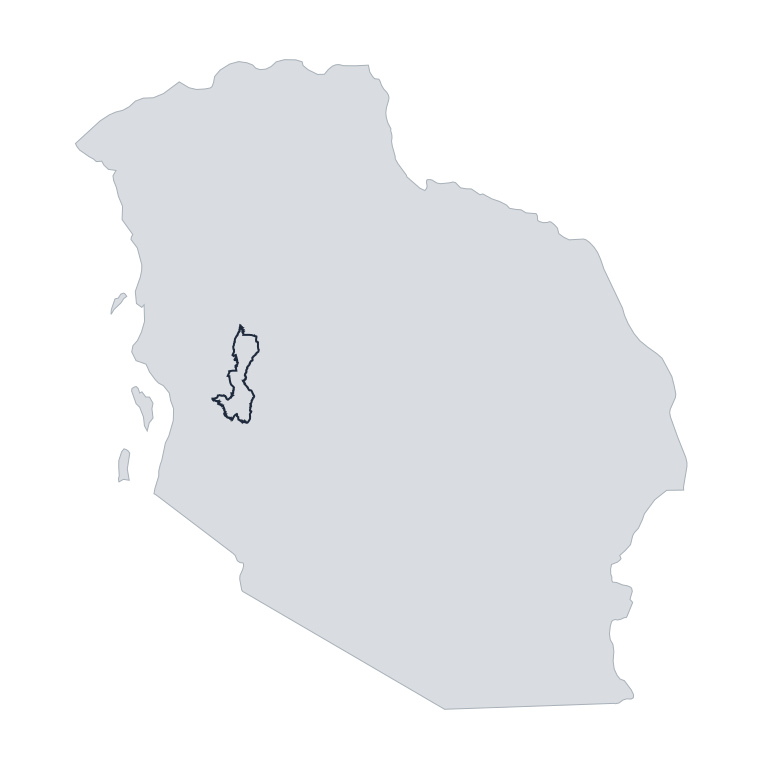 Mvomero, Morogoro, United Republic of Tanzania (highlighted), rotated 178°
{"feature_id": "72390352B62121337619186", "entity_name": "Mvomero", "entity_type": "district", "adm_level": 2, "iso_a3": "TZA", "parent_name": "United Republic of Tanzania", "parent_adm1": "Morogoro", "projection": "robinson", "projection_center": [37.562, -6.599], "detail": "fine", "context": "in_parent", "style": "outline", "palette": "slate", "viewbox_px": 768, "rotation_deg": 178, "n_neighbors": 0, "source": "geoboundaries", "source_scale": "gbopen_adm2", "svg_char_len": 9646}
<svg xmlns="http://www.w3.org/2000/svg" viewBox="0 0 768 768"><g transform="rotate(178 384 384)"><path d="M278.6,570.5L269.8,565.3L261.8,562.2L255.3,558.6L252.4,555.2L246.3,553.9L241.0,553.3L236.1,550.1L226.0,548.9L224.9,546.8L224.7,542.1L222.9,540.9L219.3,539.7L215.3,539.7L212.9,540.4L211.5,540.1L208.2,537.3L205.2,533.7L204.0,528.1L199.4,524.5L194.0,521.6L179.3,521.9L177.0,521.0L173.5,518.2L169.4,513.5L166.0,508.1L163.1,500.8L160.1,490.9L143.0,451.5L141.2,444.1L137.9,435.8L132.4,425.7L126.7,418.2L118.9,411.4L110.0,404.6L105.2,400.0L96.1,381.5L94.2,372.8L92.7,363.8L93.3,360.2L98.9,348.6L99.5,345.3L98.8,340.9L95.9,331.7L92.3,320.5L85.0,300.1L84.0,295.0L84.1,291.1L88.3,270.4L88.2,267.5L105.2,267.9L117.5,258.8L128.3,245.2L130.4,239.6L134.8,230.9L139.1,226.6L140.8,223.6L143.2,214.9L148.9,209.0L154.4,204.5L153.2,201.3L154.0,200.1L157.0,197.8L162.9,195.7L164.0,191.2L164.0,186.0L163.0,183.1L163.2,179.8L162.3,178.0L158.5,177.5L152.8,174.9L148.0,173.9L144.8,172.4L143.6,171.2L143.1,168.1L145.7,160.2L143.1,157.0L149.0,143.8L150.0,142.2L152.2,142.0L155.6,140.6L158.7,140.0L161.3,140.5L163.2,140.0L164.9,138.5L166.3,134.0L167.4,126.5L166.8,120.5L164.3,115.8L163.6,108.7L164.7,99.1L163.9,91.1L161.2,84.7L158.4,80.9L154.1,79.1L147.4,69.4L145.4,64.7L145.8,61.7L148.1,60.5L152.3,60.9L156.3,59.8L160.1,57.1L163.7,56.4L165.6,56.8L334.8,56.8L532.6,181.7L533.4,183.2L535.0,194.0L534.6,197.6L531.6,203.8L530.7,207.0L530.7,209.3L531.4,210.2L534.0,210.5L536.2,212.0L537.0,213.1L538.7,217.8L540.9,220.1L616.0,281.4L617.7,282.3L616.6,287.5L612.3,300.0L612.1,305.1L610.4,311.3L608.8,315.3L604.5,332.8L600.9,339.4L595.9,354.8L595.1,366.6L597.8,374.8L598.9,382.5L604.6,390.1L609.3,392.8L612.4,396.2L617.9,404.2L621.1,412.1L631.0,416.0L635.0,424.9L633.6,431.0L628.9,436.0L624.6,444.3L621.1,455.0L621.0,471.5L623.4,469.0L628.6,473.1L629.3,485.2L623.8,499.4L622.2,506.0L621.9,511.6L625.8,528.6L631.8,537.2L631.3,539.9L629.8,542.1L640.0,557.4L639.1,570.7L642.9,581.0L644.6,589.9L647.1,596.8L647.6,601.5L644.4,606.8L651.9,608.1L656.2,612.4L658.3,616.5L663.7,616.3L666.6,619.1L670.8,621.5L680.0,628.4L682.5,631.8L684.0,635.1L658.5,656.9L649.2,662.5L642.7,665.1L635.6,666.6L628.9,670.0L622.6,675.4L614.5,678.1L604.7,678.1L594.3,681.9L578.1,693.1L568.6,686.9L561.2,684.9L552.6,685.1L547.4,685.9L545.5,687.2L543.9,691.0L542.5,697.3L536.9,703.4L527.1,709.1L518.0,711.3L509.7,709.8L504.1,707.4L501.2,704.1L496.9,702.5L491.2,702.8L485.7,705.2L480.5,709.7L472.2,711.6L460.8,711.0L454.6,708.9L453.8,705.1L448.8,700.7L439.6,695.7L432.8,695.6L428.5,700.4L424.6,703.4L421.0,704.7L417.8,704.8L413.2,703.5L400.5,703.0L388.5,703.2L387.3,696.2L384.8,691.9L382.7,689.4L378.5,688.8L377.4,686.8L376.0,682.4L373.9,678.7L371.2,675.6L369.6,672.8L369.0,670.2L369.5,667.3L371.9,660.1L372.7,655.2L372.4,650.2L371.1,645.0L368.2,638.8L368.5,637.1L367.5,632.9L367.4,630.0L368.0,626.3L367.4,621.5L364.9,611.2L364.9,608.6L362.3,603.6L354.3,591.9L354.0,590.3L341.4,578.5L336.4,575.9L334.6,578.1L334.0,580.2L334.5,584.0L334.2,585.9L333.7,586.7L330.7,586.6L328.9,586.2L324.1,583.0L320.4,582.2L311.3,582.8L308.1,583.5L305.6,582.8L300.7,577.4L295.0,576.2L289.9,575.9L281.5,569.8L278.6,570.5ZM632.4,372.9L636.5,385.9L636.0,388.4L633.1,389.9L631.5,390.0L629.7,387.9L628.5,383.5L626.2,384.6L622.5,379.3L618.8,379.1L615.5,372.8L616.8,367.4L616.0,358.1L620.0,353.3L622.3,345.3L624.9,350.7L625.5,359.3L629.0,369.3L632.4,372.9ZM652.3,295.4L652.7,298.5L651.8,301.4L652.0,310.6L651.7,316.8L648.6,325.3L646.1,328.3L643.8,327.4L642.0,326.0L640.5,323.7L643.5,308.1L642.0,296.7L647.8,297.8L652.3,295.4ZM643.8,483.1L640.9,483.9L639.8,483.2L638.0,480.6L641.1,478.4L644.1,474.2L651.1,468.0L654.4,463.1L653.9,467.9L649.9,478.4L646.6,479.1L643.8,483.1Z" fill="#d9dde1" stroke="#a8b0b8" stroke-width="1"/><path d="M514.6,375.1L514.5,375.6L514.2,376.0L514.2,376.7L514.5,377.3L515.0,377.6L515.3,378.9L515.6,379.3L516.5,381.6L516.9,382.1L517.6,382.4L518.0,382.5L518.7,382.4L519.3,383.0L520.3,384.9L520.6,385.3L520.4,385.5L523.5,389.0L523.0,389.5L524.7,391.7L524.5,392.0L524.2,392.1L524.3,392.2L523.9,392.2L523.7,392.7L523.4,392.8L523.1,392.9L523.1,393.2L522.8,393.3L522.9,393.5L522.8,393.4L522.7,393.6L522.3,393.7L522.3,393.9L522.1,393.9L522.1,394.2L521.9,394.3L521.7,395.0L521.9,395.1L521.7,395.4L521.9,395.7L521.8,396.1L521.9,396.4L522.2,396.6L522.4,397.2L522.7,397.2L522.8,397.7L522.5,398.5L522.4,398.5L522.4,399.1L521.7,400.0L521.6,399.9L521.4,400.0L521.3,400.7L521.0,401.0L521.1,401.6L521.3,401.9L521.1,402.4L521.1,402.8L520.7,403.2L520.7,403.5L520.3,404.0L520.3,404.4L520.1,404.4L519.9,404.7L520.1,405.3L519.9,405.4L519.7,406.2L519.1,406.6L518.9,407.0L518.7,407.0L518.0,407.7L517.8,408.6L517.6,408.7L517.4,409.4L517.2,409.4L517.2,410.0L516.9,410.2L516.7,410.9L516.4,411.1L516.3,411.3L516.2,411.3L515.8,411.7L515.0,411.9L514.6,412.2L514.6,412.8L514.5,413.0L514.7,414.2L514.5,414.7L514.6,415.0L513.7,415.7L513.6,416.1L512.9,416.5L512.2,417.2L511.4,417.6L511.3,418.3L510.4,418.8L510.2,419.7L509.5,419.9L508.5,420.6L508.1,421.9L508.0,422.7L508.4,423.1L508.6,424.8L508.7,426.4L508.5,428.3L508.7,429.6L508.5,430.0L508.9,430.6L510.1,430.8L510.3,431.2L510.3,433.0L509.8,435.6L509.9,436.0L511.1,436.2L511.6,436.8L511.8,436.5L514.5,437.5L516.9,437.8L522.6,438.0L522.4,438.3L523.0,439.1L523.3,439.9L522.8,440.7L522.8,440.9L523.1,441.0L522.5,441.5L522.8,441.6L522.7,441.7L522.9,441.8L522.9,442.0L522.8,441.9L522.8,442.1L523.2,442.1L522.9,442.6L523.5,442.5L523.7,442.8L523.6,443.0L523.4,442.9L523.1,443.0L523.3,443.5L523.7,443.4L523.6,443.1L523.9,443.3L523.6,444.3L524.1,444.3L524.1,444.5L523.6,444.9L524.2,445.0L524.3,445.3L524.1,445.3L524.1,445.7L524.2,445.8L524.6,445.6L524.6,445.9L524.3,446.2L524.9,446.7L525.1,446.6L525.1,446.9L525.4,447.6L525.6,447.7L525.7,446.9L525.7,446.6L525.8,446.4L525.4,446.3L525.5,446.1L525.9,446.1L526.0,445.9L525.8,445.7L526.0,445.3L525.8,445.1L526.0,444.8L525.7,444.6L525.9,444.5L525.9,443.9L526.6,443.5L526.6,442.7L526.3,442.1L526.8,441.7L526.9,441.2L527.3,440.7L527.5,440.8L527.7,440.2L528.2,439.8L528.3,439.1L528.7,438.7L528.5,438.3L528.8,437.8L529.0,437.4L529.6,437.2L531.4,434.1L531.7,431.9L531.9,431.7L531.6,431.2L532.0,430.4L532.5,429.9L532.6,428.8L532.6,428.2L533.4,426.6L533.2,424.1L533.1,423.8L532.7,423.6L532.8,421.9L532.7,421.4L533.6,419.8L534.4,418.2L533.3,417.2L532.7,417.5L532.0,417.6L531.9,418.0L531.1,418.2L530.9,417.0L531.2,415.8L532.6,413.5L532.4,413.1L531.9,413.0L531.2,413.0L530.5,413.7L530.2,414.3L530.0,413.4L529.8,411.8L530.2,411.3L530.2,411.1L529.3,410.3L529.9,409.2L529.9,408.6L530.4,407.6L530.5,407.5L531.0,408.0L531.8,407.4L531.8,406.1L531.3,406.1L531.5,405.9L531.1,402.5L534.6,402.6L537.4,402.3L538.3,402.1L538.0,401.3L539.9,397.5L538.3,397.2L538.4,395.8L538.1,395.4L538.1,394.2L537.5,390.6L536.8,388.7L534.5,386.4L534.1,385.8L534.4,385.1L534.3,384.8L534.5,384.5L534.4,384.2L534.5,383.9L534.4,383.8L534.5,383.6L534.5,383.0L535.0,382.7L534.8,382.1L535.1,381.6L535.0,380.8L535.3,380.6L535.3,380.4L535.6,380.3L535.4,380.2L535.5,380.0L535.9,380.0L535.7,379.8L536.1,379.6L535.8,379.4L536.4,379.1L536.2,378.8L536.5,378.7L536.1,377.8L535.7,377.7L536.4,377.2L537.0,377.1L537.3,376.9L537.1,376.3L537.3,375.8L538.0,375.7L540.5,373.8L540.9,373.9L541.8,374.6L541.8,375.2L542.2,375.5L542.2,376.2L542.6,376.4L542.8,377.1L543.0,377.5L543.6,377.7L544.0,377.6L544.2,378.0L544.4,378.0L544.6,378.3L546.2,377.8L546.9,378.0L547.2,378.3L547.8,378.2L548.6,378.6L549.2,378.4L550.4,378.3L550.4,377.8L550.7,377.4L551.1,376.3L551.9,376.1L552.4,375.7L552.6,375.8L553.4,375.6L553.8,374.8L554.4,375.3L556.0,375.4L556.0,374.9L555.4,374.1L555.1,374.1L555.2,373.7L554.9,373.4L554.4,373.6L553.7,373.5L552.5,372.8L551.7,372.9L550.5,372.6L550.2,372.7L550.4,372.3L549.6,372.3L549.7,372.1L550.2,372.0L550.4,371.9L550.2,371.7L550.3,371.2L549.6,371.3L549.7,371.2L549.9,370.6L549.4,370.4L549.4,370.2L549.8,369.8L549.2,369.7L549.4,369.5L549.3,369.3L548.0,369.0L547.8,368.5L547.6,368.5L547.5,369.0L546.9,369.1L546.8,368.7L547.0,368.7L547.2,368.3L546.9,368.2L546.8,367.9L546.6,368.1L546.3,367.9L546.2,367.9L546.2,368.1L545.6,368.1L545.7,367.7L545.4,366.9L545.4,366.7L545.0,366.3L544.7,365.3L545.0,365.1L544.6,364.9L544.7,364.5L544.6,363.8L544.4,363.7L544.6,363.3L544.2,362.6L544.1,362.0L543.8,362.1L543.3,361.8L543.5,361.2L543.4,360.6L544.4,360.3L544.3,360.0L544.6,359.8L544.4,359.5L544.5,359.2L544.0,358.9L543.9,358.7L543.9,358.4L543.6,358.5L543.8,358.2L543.1,358.0L543.4,357.7L543.2,357.4L542.5,357.2L542.4,356.8L542.1,356.8L541.9,356.5L541.9,356.2L541.1,356.0L541.0,355.7L540.7,355.6L540.3,355.9L540.1,355.8L539.9,355.9L539.7,355.8L539.7,356.1L539.4,355.3L538.5,355.5L538.6,355.1L538.4,355.0L538.6,354.6L538.0,354.5L537.9,354.1L537.8,354.3L537.2,354.7L536.9,354.4L536.8,354.1L536.7,353.9L536.2,354.7L535.9,355.6L535.5,355.9L535.0,357.0L533.7,358.3L532.1,359.2L531.9,359.0L531.9,358.3L532.0,357.0L531.7,356.9L531.3,356.3L530.8,356.0L530.9,354.4L530.7,353.5L530.3,353.3L530.1,353.4L528.9,352.3L528.3,352.6L527.7,351.3L527.3,351.2L527.0,350.7L526.7,351.2L526.2,351.0L526.2,351.4L526.0,351.2L525.6,351.3L525.3,351.1L525.2,351.3L525.0,351.0L524.4,350.9L524.2,351.6L524.0,351.3L523.7,351.3L523.6,350.4L523.3,350.3L523.0,350.5L522.7,350.1L522.3,350.2L522.0,350.1L521.7,350.2L520.4,351.8L519.2,353.7L519.0,355.0L519.1,355.8L518.9,356.3L519.1,357.9L519.0,358.7L518.3,359.9L517.9,360.4L517.3,360.8L516.9,360.7L517.4,361.0L517.6,361.4L518.8,361.9L518.8,362.9L518.4,364.4L518.6,365.4L518.0,365.7L517.7,366.2L517.9,366.4L517.8,367.0L518.1,367.1L518.2,367.3L518.2,367.6L517.7,367.8L517.9,368.5L518.1,368.8L517.8,368.9L517.8,369.2L517.3,369.8L516.9,370.9L516.9,371.9L516.6,372.1L516.5,372.6L516.1,372.9L516.1,373.1L515.7,373.7L515.5,374.6L515.1,375.0L514.6,375.1Z" fill="none" stroke="#1e293b" stroke-width="2"/></g></svg>